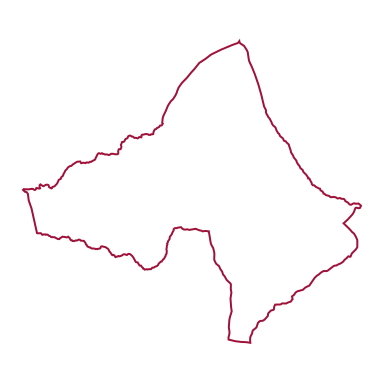 the district of Lagdera, North-Eastern, Kenya
{"feature_id": "3690345B54288416110697", "entity_name": "Lagdera", "entity_type": "district", "adm_level": 2, "iso_a3": "KEN", "parent_name": "Kenya", "parent_adm1": "North-Eastern", "projection": "robinson", "projection_center": [39.22, 0.501], "detail": "fine", "context": "isolated", "style": "outline", "palette": "rose", "viewbox_px": 384, "rotation_deg": 0, "n_neighbors": 0, "source": "geoboundaries", "source_scale": "gbopen_adm2", "svg_char_len": 5983}
<svg xmlns="http://www.w3.org/2000/svg" viewBox="0 0 384 384"><path d="M250.3,342.8L250.1,339.7L250.3,337.3L250.5,336.5L252.0,333.7L252.6,330.9L253.0,330.3L255.8,328.0L256.6,327.1L257.6,323.9L258.0,322.9L258.7,322.0L260.2,321.0L262.9,320.7L264.7,319.5L267.8,316.0L268.1,313.8L268.4,313.1L269.1,312.4L271.0,310.5L273.1,310.0L273.7,309.6L274.0,309.1L274.2,306.6L275.2,304.6L279.7,304.5L280.9,304.3L281.9,303.5L282.5,303.4L286.0,303.5L288.5,302.3L290.8,301.6L291.3,301.1L291.5,300.3L292.6,299.2L292.0,296.4L294.1,294.8L295.3,292.9L296.4,291.9L297.7,291.2L302.7,289.9L305.4,287.5L307.3,286.5L309.0,285.8L309.6,285.2L314.7,277.8L317.1,275.5L318.7,274.6L320.9,272.6L323.0,271.3L323.8,271.0L326.4,271.1L327.5,270.8L333.4,266.2L334.8,265.6L336.3,265.5L338.4,264.3L340.9,263.3L343.1,261.7L344.6,259.8L346.9,257.9L347.8,256.7L348.4,256.3L349.9,256.8L350.5,256.7L351.8,253.5L355.8,249.5L357.3,247.2L357.3,240.1L355.9,236.8L354.0,233.6L352.0,231.9L349.5,229.0L343.6,223.3L348.0,219.3L352.6,214.2L354.0,211.9L354.9,209.2L355.6,207.9L356.7,207.7L358.4,208.2L359.7,208.0L360.2,207.7L360.6,206.3L361.0,205.8L360.5,205.1L358.3,203.5L355.9,203.8L354.2,203.3L353.3,203.5L351.2,204.7L350.3,204.7L349.4,204.3L348.0,202.6L345.4,201.2L345.1,200.4L344.1,199.1L343.3,198.9L341.1,198.7L340.0,198.0L337.6,198.5L335.7,197.3L333.2,196.9L332.0,197.2L330.4,197.1L329.1,195.9L325.9,195.1L324.4,193.8L323.5,193.6L323.3,192.8L322.4,191.4L321.5,191.0L320.5,190.2L320.0,188.7L318.7,188.4L318.0,187.9L315.9,186.9L314.2,185.3L313.0,185.3L311.9,184.2L311.6,182.8L310.7,181.3L309.7,179.1L308.7,178.1L308.2,178.4L307.8,177.8L307.7,176.9L306.2,174.7L303.9,172.5L303.1,171.4L302.8,170.2L301.2,168.7L300.5,168.3L299.3,165.7L298.0,164.4L297.8,163.7L296.8,162.4L296.5,160.9L296.1,160.3L293.6,157.2L293.2,155.7L291.0,152.3L290.7,150.5L289.1,145.9L288.8,144.5L286.6,142.5L285.8,141.4L283.8,140.6L283.4,139.3L282.8,138.3L280.1,136.1L279.1,133.9L278.1,133.1L276.6,130.6L275.6,127.8L275.3,127.3L273.0,125.3L272.0,123.7L271.6,122.4L269.8,118.9L268.0,116.6L267.4,115.1L266.7,114.4L266.0,112.4L265.9,110.0L264.1,106.5L261.2,94.4L258.4,84.6L254.9,74.4L251.9,67.0L249.5,61.9L248.9,60.1L247.7,52.1L246.9,50.3L244.0,45.8L240.3,43.4L239.4,42.0L239.3,41.2L238.1,42.8L237.3,43.2L232.7,44.8L221.4,49.5L212.2,54.0L210.6,54.9L205.3,59.0L199.3,62.9L194.6,68.8L191.3,72.4L187.0,77.7L182.1,82.7L178.7,87.4L177.2,91.0L176.6,93.0L175.4,95.5L173.0,99.2L170.8,101.3L168.9,104.1L167.8,106.0L165.8,110.9L163.5,115.6L162.7,118.1L162.2,123.0L162.8,123.6L161.7,125.4L160.0,125.6L159.0,127.1L157.0,128.0L156.0,129.1L154.7,129.5L153.5,132.0L153.2,134.1L152.5,134.3L151.2,134.2L150.5,134.9L148.7,134.9L148.0,134.3L145.6,134.0L143.5,134.6L142.5,134.6L141.8,135.0L141.4,135.5L141.5,136.9L141.1,137.4L139.3,137.0L138.2,138.1L137.5,138.4L136.0,137.8L134.4,137.9L132.7,136.5L131.7,136.5L130.6,135.7L129.4,135.6L128.2,136.3L127.4,138.2L125.6,139.0L125.1,139.6L124.3,141.4L123.5,141.9L122.1,142.0L120.9,145.1L121.4,146.5L121.2,147.9L120.5,149.2L118.9,149.2L118.7,149.4L118.2,151.0L118.3,153.3L117.7,154.2L115.5,154.3L113.0,153.8L111.1,153.8L109.6,154.9L108.6,155.0L107.4,154.5L104.5,154.4L103.4,153.8L102.7,153.8L101.9,153.2L101.1,153.7L100.5,153.8L99.0,153.2L98.2,153.5L97.6,154.2L95.6,158.2L95.3,159.1L94.8,159.8L92.3,161.0L91.0,161.9L90.0,161.8L88.6,162.7L87.1,162.4L86.4,162.5L85.7,163.1L83.5,162.7L81.2,163.2L80.2,161.5L77.4,161.7L76.6,162.0L72.6,164.6L71.5,165.8L69.7,166.2L67.8,167.6L66.7,169.3L65.3,170.6L64.6,172.2L63.4,174.2L63.1,175.6L61.3,177.2L60.8,178.8L58.8,179.8L57.4,183.0L56.7,184.0L54.5,186.3L52.3,187.1L51.9,188.2L51.4,188.4L49.2,187.3L48.5,185.1L47.6,184.7L45.8,184.8L43.6,186.2L42.8,186.0L40.4,184.4L39.6,185.2L39.6,187.1L40.1,188.3L39.8,188.5L38.7,188.5L36.4,188.0L35.7,189.5L34.9,190.0L34.0,189.7L33.1,189.0L31.9,188.8L28.2,189.4L26.7,189.2L25.7,189.4L23.8,189.1L23.0,189.9L25.0,191.8L26.0,191.9L26.8,192.3L27.9,193.9L28.7,200.4L31.5,208.4L37.0,233.1L37.6,233.3L40.8,233.2L42.3,234.8L43.2,234.4L43.9,234.6L45.0,234.3L45.9,234.8L46.9,234.5L48.0,234.9L49.0,235.8L50.2,236.2L51.2,237.1L54.5,237.2L57.8,239.0L59.3,239.1L60.2,238.1L62.5,236.7L65.4,237.1L66.5,237.4L67.5,237.2L68.1,236.7L69.6,238.0L70.6,239.9L71.3,240.4L71.8,240.2L72.7,241.0L74.1,241.1L75.8,240.4L76.7,240.6L78.8,239.6L79.8,239.7L80.7,240.6L83.9,240.9L85.5,243.0L86.0,244.5L86.7,245.0L87.4,246.5L88.6,246.9L89.0,247.3L90.2,247.4L91.1,248.2L92.7,248.6L93.3,248.5L95.0,248.7L95.6,249.1L97.1,248.9L97.6,249.1L98.4,248.7L99.7,248.6L100.4,248.1L101.0,246.6L102.0,246.3L105.8,247.3L108.4,249.2L109.5,251.6L110.1,252.1L112.2,255.1L112.5,255.2L113.0,254.9L113.6,255.0L114.5,255.5L115.1,256.8L115.7,257.1L116.4,256.7L117.8,256.5L118.3,256.0L119.5,256.3L120.6,256.0L122.2,255.3L123.0,254.6L123.7,254.3L124.8,254.3L126.9,255.0L128.3,253.9L129.8,254.0L131.7,255.4L133.3,257.4L135.7,261.9L136.2,262.2L137.6,262.4L139.5,265.5L141.0,265.6L142.0,267.1L142.9,267.8L143.1,268.6L144.1,269.0L144.7,269.6L146.7,269.2L147.6,269.5L148.8,269.2L151.1,269.1L152.3,267.7L153.8,267.6L155.0,266.7L156.9,266.1L158.0,265.1L158.6,263.8L159.6,262.7L160.2,262.3L160.8,261.6L161.6,261.6L163.1,259.4L164.2,258.6L164.7,257.3L165.4,256.4L165.8,254.8L166.5,253.9L166.8,251.1L166.4,249.2L166.8,247.3L166.8,245.7L167.4,244.5L167.1,243.5L167.8,242.5L168.0,241.3L169.5,239.2L169.8,236.9L171.7,234.4L172.6,232.1L173.6,230.5L173.7,229.1L174.5,228.3L175.2,228.1L176.7,228.1L178.1,227.6L181.0,227.2L182.5,228.8L183.9,229.5L185.6,229.6L187.3,229.3L189.3,229.9L195.8,228.8L197.5,229.6L199.7,230.4L201.4,230.7L202.9,231.4L204.5,231.0L206.6,231.0L208.0,231.4L208.8,231.3L210.8,243.4L211.5,245.1L213.2,248.1L214.2,252.2L214.4,254.3L214.2,259.0L214.5,260.5L216.1,263.7L219.1,266.2L220.4,269.2L222.1,271.6L223.1,274.6L224.6,276.2L226.5,279.7L227.4,280.7L230.5,283.5L230.9,284.4L230.8,289.2L231.4,292.6L230.5,298.5L231.1,307.1L231.7,311.3L229.9,317.3L229.4,319.6L228.8,327.5L229.4,331.1L229.5,332.8L229.2,334.8L228.5,337.3L228.6,339.6L235.3,341.2L240.9,341.9L246.6,342.2L250.3,342.8Z" fill="none" stroke="#9f1239" stroke-width="2"/></svg>